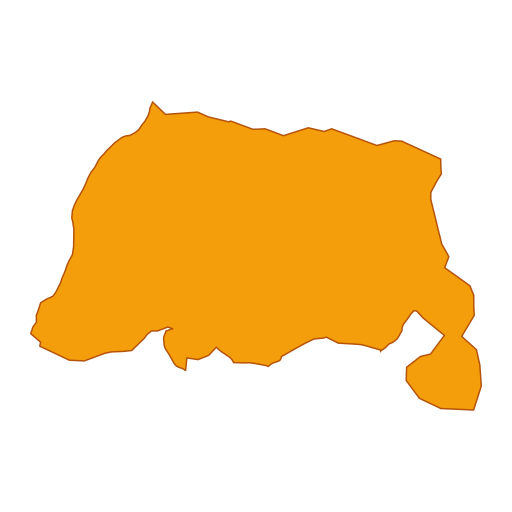 Isiala-Ngwa North, Abia, Nigeria
{"feature_id": "59680162B87049040782715", "entity_name": "Isiala-Ngwa North", "entity_type": "district", "adm_level": 2, "iso_a3": "NGA", "parent_name": "Nigeria", "parent_adm1": "Abia", "projection": "mercator", "projection_center": [7.407, 5.382], "detail": "fine", "context": "isolated", "style": "filled", "palette": "amber", "viewbox_px": 512, "rotation_deg": 0, "n_neighbors": 0, "source": "geoboundaries", "source_scale": "gbopen_adm2", "svg_char_len": 2715}
<svg xmlns="http://www.w3.org/2000/svg" viewBox="0 0 512 512"><path d="M152.6,102.0L151.8,104.0L150.0,107.9L149.4,111.9L147.7,116.4L144.8,121.4L142.0,124.8L139.1,129.3L135.1,132.7L130.0,135.4L125.5,136.0L121.6,137.6L119.7,139.1L114.8,142.7L110.3,147.2L106.8,150.5L104.0,153.9L100.6,157.3L98.3,160.6L94.8,167.4L90.9,172.4L89.0,176.0L87.4,179.2L85.7,183.7L83.4,188.7L81.1,192.7L76.5,200.6L74.2,205.6L72.4,210.7L72.0,215.6L71.8,218.0L72.8,222.0L73.4,226.1L73.9,229.3L73.8,233.8L73.8,235.3L73.7,240.6L73.6,246.8L73.0,250.8L72.4,254.7L69.0,260.9L68.6,261.7L67.2,264.8L67.2,265.0L66.5,267.0L64.9,271.6L62.0,278.3L60.3,283.4L58.0,287.9L55.7,292.4L52.8,296.3L46.6,299.1L40.7,302.7L38.0,310.9L36.3,315.4L36.4,322.2L32.8,327.2L31.6,331.2L30.7,333.6L40.6,342.2L39.8,346.2L69.4,360.2L84.3,360.9L104.8,353.3L111.3,351.9L123.5,351.4L129.9,350.7L131.7,350.5L144.2,338.4L146.9,334.7L151.4,331.0L157.7,330.9L167.9,327.0L169.8,327.7L173.2,329.0L172.0,328.9L169.4,329.8L165.8,331.2L165.4,332.9L164.3,335.5L163.8,336.8L163.6,338.2L163.9,342.6L164.2,345.2L164.5,346.4L164.9,347.5L165.7,349.3L167.7,352.3L169.1,354.5L171.3,358.4L173.6,362.5L174.7,364.2L175.8,365.4L176.6,366.1L178.1,367.0L180.4,367.8L183.0,368.8L184.4,369.6L185.1,370.2L185.6,370.3L186.2,364.2L186.9,357.9L198.0,359.6L208.6,355.4L216.3,347.3L216.7,347.7L220.5,351.0L226.9,355.4L229.1,356.8L230.8,358.3L231.9,359.6L233.7,362.6L241.4,362.8L245.6,362.9L249.1,362.7L254.3,363.4L261.1,364.6L264.8,365.3L267.1,365.9L268.2,366.5L271.8,363.5L272.9,363.1L276.9,361.7L278.6,361.1L279.8,360.3L280.5,359.6L281.6,356.5L294.9,348.9L304.7,343.5L313.8,339.0L322.2,338.1L324.1,337.9L326.3,337.1L337.8,342.9L338.3,343.1L339.2,343.2L340.2,343.2L346.2,343.6L357.9,344.3L360.9,344.6L364.2,345.3L367.3,346.2L376.6,348.9L380.0,349.8L380.5,349.9L380.6,351.1L381.1,350.5L383.4,349.1L385.4,347.7L388.9,344.1L390.2,343.4L392.2,342.7L394.3,341.2L397.2,338.8L399.1,335.8L400.5,333.1L401.9,330.8L402.1,327.8L403.0,325.3L403.2,324.5L404.7,322.6L405.9,321.1L407.8,318.4L410.2,315.1L410.4,314.5L411.9,313.0L413.0,311.7L413.5,310.9L416.5,310.8L423.0,317.9L444.4,335.4L430.5,354.1L420.4,356.5L406.6,367.3L406.2,380.5L419.5,398.4L439.8,408.0L440.6,408.5L473.6,410.0L481.3,386.0L479.8,364.8L476.4,349.7L461.7,336.4L474.2,315.4L473.8,306.5L473.7,295.2L469.9,285.8L444.7,267.7L448.8,256.7L447.2,253.7L441.7,244.0L439.5,235.0L432.0,204.4L430.8,199.4L430.8,192.8L431.3,191.5L437.0,180.8L441.4,173.8L440.9,168.1L440.7,159.1L401.6,141.1L394.3,140.8L376.9,145.5L331.7,128.8L324.2,131.5L308.3,127.8L297.8,131.1L283.5,135.7L265.1,128.8L257.2,129.2L252.5,129.2L234.0,122.3L230.7,121.1L228.5,121.8L208.6,117.0L197.5,112.1L165.5,114.4L163.3,112.3L152.6,102.0Z" fill="#f59e0b" stroke="#b45309" stroke-width="1.5"/></svg>